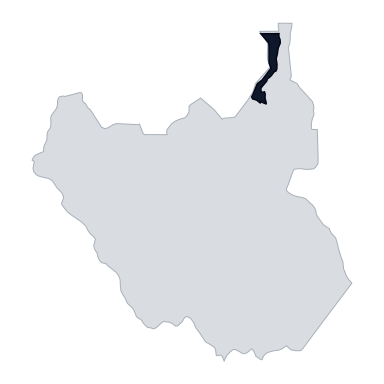 location of Manyo, Upper Nile, South Sudan
{"feature_id": "79223893B45725284796006", "entity_name": "Manyo", "entity_type": "district", "adm_level": 2, "iso_a3": "SSD", "parent_name": "South Sudan", "parent_adm1": "Upper Nile", "projection": "equal_earth", "projection_center": [32.292, 11.036], "detail": "fine", "context": "in_parent", "style": "filled", "palette": "ink", "viewbox_px": 384, "rotation_deg": 0, "n_neighbors": 0, "source": "geoboundaries", "source_scale": "gbopen_adm2", "svg_char_len": 4478}
<svg xmlns="http://www.w3.org/2000/svg" viewBox="0 0 384 384"><path d="M314.7,332.6L302.9,348.5L302.1,349.4L300.6,350.7L295.9,350.7L291.0,349.9L286.4,345.8L281.8,349.0L278.9,350.0L277.2,350.4L273.1,350.9L267.3,352.6L264.7,354.7L263.3,356.4L262.2,359.5L261.6,359.8L260.5,359.5L259.1,358.2L256.0,356.4L254.4,352.5L253.0,350.1L251.8,348.8L247.0,352.8L244.6,353.7L242.7,353.6L239.1,351.4L235.2,349.5L233.2,349.5L230.2,351.9L226.8,355.4L225.0,358.9L224.1,361.0L222.9,357.8L221.8,355.8L220.1,355.0L216.9,355.8L216.1,354.7L215.9,351.9L215.4,349.4L214.6,347.6L212.1,345.7L205.6,341.9L200.6,334.3L198.1,330.7L196.2,328.5L193.6,322.5L190.7,318.4L187.1,316.5L184.7,317.4L182.2,321.8L177.6,325.9L175.5,326.1L172.8,323.8L169.4,322.2L163.3,321.5L160.8,323.5L157.4,326.7L154.6,328.6L152.9,328.8L151.3,328.0L149.4,327.6L147.8,327.6L144.6,324.7L142.9,322.5L141.8,320.5L139.9,319.1L137.8,317.9L136.2,316.1L135.4,313.8L134.2,310.9L132.7,308.3L127.7,303.6L126.2,300.8L125.2,298.1L123.1,295.1L121.0,291.1L120.3,285.2L120.2,280.5L119.7,278.3L118.8,276.1L117.8,274.3L116.0,272.2L112.0,269.1L107.8,265.6L105.8,263.6L101.9,262.8L99.7,260.8L97.8,256.4L97.0,252.9L95.1,250.1L94.3,248.1L93.8,245.8L95.4,238.9L93.2,236.4L89.8,233.2L87.5,229.7L86.1,226.5L81.8,222.2L72.6,215.9L67.3,211.8L64.4,208.2L61.8,204.6L61.6,203.1L63.2,199.6L63.5,196.7L62.2,193.4L56.7,187.4L52.3,180.7L48.9,178.6L40.9,176.7L38.6,176.0L36.2,174.7L33.8,171.7L33.0,168.1L34.2,162.5L33.5,160.7L32.1,160.2L32.5,159.1L34.1,156.3L36.6,154.5L43.3,151.7L43.6,150.6L43.8,147.0L44.3,145.3L46.7,140.4L47.0,138.4L47.1,134.2L47.5,132.3L48.1,130.9L50.0,128.4L50.6,126.9L50.9,123.7L50.8,117.4L51.7,114.9L56.0,109.1L57.1,106.5L57.5,104.2L57.5,101.9L57.8,99.6L59.0,97.3L60.1,96.6L63.2,96.0L65.3,96.4L80.0,92.5L81.7,93.0L82.5,95.3L82.4,99.0L82.6,100.9L83.4,102.1L85.7,103.9L87.3,106.9L88.2,108.0L90.5,110.0L101.4,127.0L104.5,128.6L107.5,128.0L113.4,124.5L116.4,123.6L137.2,124.6L139.5,124.1L142.8,132.7L144.3,134.6L167.1,134.7L166.7,132.3L167.0,129.6L171.1,124.4L171.6,123.7L175.2,121.2L178.6,119.6L185.2,117.6L187.7,114.5L189.0,111.7L189.1,106.2L189.9,105.3L191.5,104.0L199.2,99.0L200.5,98.0L214.0,109.5L221.6,118.6L222.0,119.1L222.4,119.2L222.8,118.9L223.1,118.5L224.1,118.1L227.3,118.0L233.5,117.5L235.5,116.4L247.8,100.1L251.0,95.0L251.8,93.9L253.5,90.2L255.4,83.8L255.8,83.1L269.3,67.9L269.8,66.7L269.9,65.7L267.9,60.6L267.4,58.0L267.3,54.0L267.7,47.8L267.6,43.8L267.4,42.8L267.3,42.5L259.8,31.4L278.8,31.2L278.8,29.8L278.8,29.4L278.4,28.0L278.2,26.3L278.2,25.3L278.3,24.4L278.3,23.9L278.3,23.4L278.3,23.2L292.0,23.3L291.8,26.4L290.2,33.9L290.2,38.3L289.8,43.4L289.4,44.9L288.7,46.2L288.4,46.8L288.4,47.3L291.3,75.9L291.1,77.1L290.3,78.9L290.1,79.5L290.1,79.9L290.4,80.2L296.7,83.3L297.0,83.5L297.2,83.8L299.5,87.4L311.9,101.0L312.4,101.7L313.7,105.9L313.8,106.6L313.9,107.6L313.8,108.4L313.5,111.0L313.6,112.1L313.8,112.9L314.0,113.8L314.0,114.0L313.9,114.7L312.1,119.6L311.5,123.1L311.3,126.0L311.4,127.8L311.6,128.8L311.8,129.3L312.0,129.4L317.3,129.5L317.3,131.0L318.1,156.9L318.1,159.8L317.9,163.5L317.2,164.9L315.7,167.0L313.8,168.8L309.0,169.3L305.0,169.3L302.1,168.8L298.2,168.7L294.5,169.1L293.2,170.7L288.3,184.4L286.8,187.9L286.4,189.9L286.9,191.1L288.8,192.8L292.9,195.3L297.7,196.7L301.3,197.3L303.7,198.0L305.6,198.7L312.4,205.0L314.6,207.9L315.8,210.5L316.1,213.2L317.1,216.0L323.3,224.6L329.2,228.7L331.4,233.3L333.6,235.5L335.7,237.9L336.8,241.5L339.4,251.9L341.1,257.3L342.9,261.8L343.6,269.0L345.0,272.2L346.5,276.2L348.9,279.8L351.4,282.5L351.9,283.2L326.3,317.1L314.7,332.6Z" fill="#d9dde1" stroke="#a8b0b8" stroke-width="1"/><path d="M266.0,103.9L266.3,103.1L265.0,98.1L265.2,93.8L264.4,91.8L262.7,92.3L261.6,92.0L260.9,90.7L261.0,87.9L266.9,80.9L267.1,79.4L268.4,77.9L269.4,77.6L270.6,76.2L271.1,75.9L274.3,71.7L276.0,71.0L276.8,69.0L277.0,64.3L276.2,58.7L277.3,54.2L278.2,48.1L280.3,43.0L280.1,39.9L278.8,36.2L279.0,33.6L271.3,33.7L260.8,33.7L268.0,42.2L268.5,42.7L268.7,43.3L268.8,43.7L269.0,44.5L268.9,45.0L269.0,46.5L269.0,48.1L269.0,59.5L269.0,60.6L269.0,61.7L269.1,62.5L269.2,63.4L269.4,64.0L269.6,64.7L270.0,65.5L270.3,66.3L270.5,67.0L271.2,68.5L270.8,68.7L270.3,69.1L269.7,69.9L268.5,71.4L265.6,75.4L262.7,79.2L262.6,79.4L261.9,80.2L260.8,81.0L259.6,81.9L258.0,83.1L257.6,83.5L257.2,84.0L256.9,84.5L256.7,85.0L256.5,85.7L256.1,86.6L255.1,89.1L254.2,91.4L253.6,92.9L252.6,95.1L252.1,96.1L251.7,97.0L252.6,98.9L256.6,100.1L260.1,102.9L260.5,101.7L266.0,103.9Z" fill="#0f172a" stroke="#020617" stroke-width="1.5"/></svg>